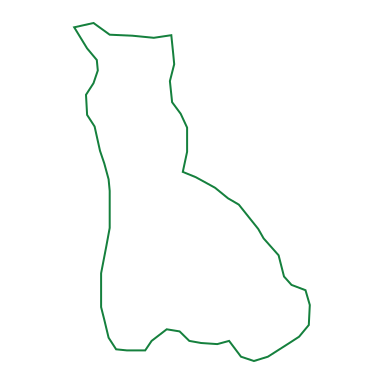 outline of Vasili, Cyprus
{"feature_id": "46923920B59357153035483", "entity_name": "Vasili", "entity_type": "district", "adm_level": 2, "iso_a3": "CYP", "parent_name": "Cyprus", "parent_adm1": "", "projection": "robinson", "projection_center": [34.16, 35.461], "detail": "fine", "context": "isolated", "style": "outline", "palette": "green", "viewbox_px": 384, "rotation_deg": 0, "n_neighbors": 0, "source": "geoboundaries", "source_scale": "gbopen_adm2", "svg_char_len": 858}
<svg xmlns="http://www.w3.org/2000/svg" viewBox="0 0 384 384"><path d="M74.2,27.3L87.1,48.4L96.8,60.0L97.8,70.5L93.5,83.2L86.0,94.8L87.1,114.9L94.6,126.5L100.0,150.8L104.3,163.5L108.6,179.3L109.7,190.9L109.7,208.9L109.7,227.9L106.4,245.8L101.1,273.3L101.1,293.4L101.1,307.1L104.3,319.8L108.6,337.7L116.1,349.3L126.9,350.4L145.2,350.4L151.6,340.9L166.7,329.3L179.6,331.4L189.3,340.9L201.1,343.0L217.3,344.1L229.1,340.9L241.0,356.7L253.9,361.0L267.9,356.7L289.4,343.0L299.1,336.7L308.8,325.0L309.8,305.0L305.5,290.2L291.5,284.9L284.0,276.5L278.6,255.3L263.6,238.4L258.2,228.9L250.6,219.4L238.8,204.6L228.0,198.3L215.1,187.8L195.8,177.2L182.8,171.9L187.1,151.8L187.1,138.1L187.1,127.6L180.7,113.8L172.1,102.2L169.9,81.1L174.2,64.2L173.2,53.7L171.3,35.2L153.8,37.8L132.3,35.7L109.7,34.7L93.5,23.0L74.2,27.3Z" fill="none" stroke="#15803d" stroke-width="2"/></svg>